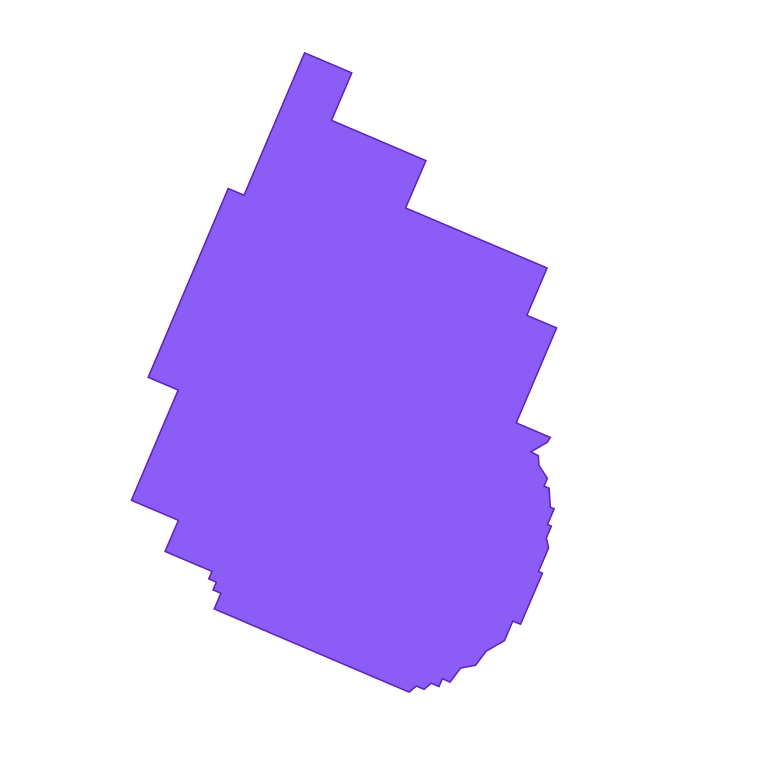 Dawson, Montana, United States of America (Mercator projection), rotated 23°
{"feature_id": "52423323B95485896454849", "entity_name": "Dawson", "entity_type": "district", "adm_level": 2, "iso_a3": "USA", "parent_name": "United States of America", "parent_adm1": "Montana", "projection": "mercator", "projection_center": [-104.678, 47.326], "detail": "fine", "context": "isolated", "style": "filled", "palette": "violet", "viewbox_px": 768, "rotation_deg": 23, "n_neighbors": 0, "source": "geoboundaries", "source_scale": "gbopen_adm2", "svg_char_len": 806}
<svg xmlns="http://www.w3.org/2000/svg" viewBox="0 0 768 768"><g transform="rotate(23 384 384)"><path d="M484.8,657.8L527.6,657.8L531.8,649.4L540.2,649.4L544.4,641.0L552.9,641.0L552.9,632.5L561.3,632.6L565.5,615.6L578.2,607.1L582.4,590.1L595.2,573.0L595.2,551.9L603.6,551.8L603.8,496.2L599.5,496.2L599.6,470.6L593.6,462.2L593.6,449.4L589.4,449.4L589.4,432.4L585.2,432.4L576.7,415.4L571.3,415.5L571.2,407.0L558.4,398.3L554.1,389.7L545.8,389.0L557.1,373.8L558.0,368.2L520.9,368.1L521.0,264.9L488.7,265.0L488.8,213.5L335.1,213.5L335.3,162.0L232.7,161.8L232.8,110.2L181.5,110.2L181.4,264.9L164.2,264.9L164.3,470.0L196.9,470.0L196.9,589.8L248.0,589.8L247.9,623.7L298.8,623.7L298.8,631.8L307.1,631.9L307.1,640.4L315.6,640.4L315.6,657.4L484.8,657.8Z" fill="#8b5cf6" stroke="#5b21b6" stroke-width="1.5"/></g></svg>